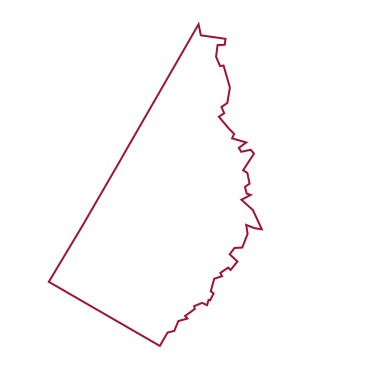 LaSalle, Louisiana, United States of America (Robinson projection), rotated 210°
{"feature_id": "52423323B85918245780607", "entity_name": "LaSalle", "entity_type": "district", "adm_level": 2, "iso_a3": "USA", "parent_name": "United States of America", "parent_adm1": "Louisiana", "projection": "robinson", "projection_center": [-92.255, 31.626], "detail": "fine", "context": "isolated", "style": "outline", "palette": "rose", "viewbox_px": 384, "rotation_deg": 210, "n_neighbors": 0, "source": "geoboundaries", "source_scale": "gbopen_adm2", "svg_char_len": 889}
<svg xmlns="http://www.w3.org/2000/svg" viewBox="0 0 384 384"><g transform="rotate(210 192 192)"><path d="M122.1,107.3L122.6,114.9L126.1,115.4L129.4,128.0L123.9,134.1L127.0,136.1L122.9,144.6L119.6,143.8L117.9,154.5L128.2,156.9L127.2,164.8L120.7,169.0L122.9,183.5L128.6,190.6L119.9,191.9L112.9,194.6L130.2,206.8L145.3,210.0L139.8,218.8L143.9,218.0L148.7,223.0L146.3,228.0L153.6,236.2L158.6,236.4L157.5,256.2L162.3,257.9L169.5,251.4L173.5,253.7L169.8,262.0L184.1,258.5L184.6,263.4L191.6,265.3L206.4,270.6L203.5,276.3L209.0,280.4L205.9,286.7L211.4,301.4L227.9,317.3L230.7,315.1L238.8,321.2L243.3,332.0L237.3,335.9L239.6,341.4L262.7,332.1L270.2,340.6L270.0,197.1L269.9,183.6L270.0,107.5L271.1,42.6L142.9,42.6L142.9,58.0L137.9,62.9L139.3,73.4L132.7,80.1L136.0,81.2L131.1,92.1L133.1,94.2L127.8,101.0L122.3,101.6L123.7,106.8L122.1,107.3Z" fill="none" stroke="#9f1239" stroke-width="2"/></g></svg>